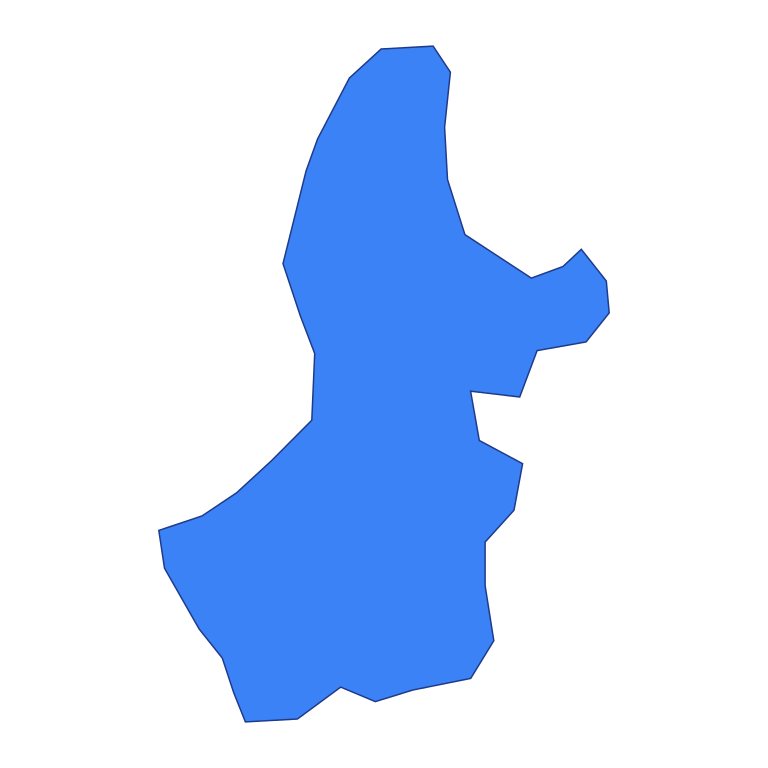 the district of Trachoni Lefkosias, Cyprus
{"feature_id": "46923920B69759348119058", "entity_name": "Trachoni Lefkosias", "entity_type": "district", "adm_level": 2, "iso_a3": "CYP", "parent_name": "Cyprus", "parent_adm1": "", "projection": "albers", "projection_center": [33.481, 35.216], "detail": "fine", "context": "isolated", "style": "filled", "palette": "blue", "viewbox_px": 768, "rotation_deg": 0, "n_neighbors": 0, "source": "geoboundaries", "source_scale": "gbopen_adm2", "svg_char_len": 644}
<svg xmlns="http://www.w3.org/2000/svg" viewBox="0 0 768 768"><path d="M375.3,701.6L412.9,690.0L470.7,678.4L493.8,640.7L485.1,585.6L485.1,542.1L514.0,510.2L522.6,463.7L479.3,440.5L470.6,391.2L519.7,397.0L537.1,350.6L586.1,341.9L609.2,312.9L606.3,281.0L581.3,249.3L563.0,266.5L531.3,278.1L464.9,234.6L447.5,179.5L444.6,127.3L450.4,72.2L433.1,46.1L381.1,49.0L349.4,78.0L317.6,138.9L306.1,170.8L283.0,263.6L300.3,315.8L314.7,353.5L311.8,420.2L271.4,460.8L236.7,492.7L202.1,515.9L158.8,530.4L164.5,568.2L199.2,629.1L222.3,658.1L233.8,692.9L245.4,721.9L297.4,719.0L340.7,687.1L375.3,701.6Z" fill="#3b82f6" stroke="#1e3a8a" stroke-width="1.5"/></svg>